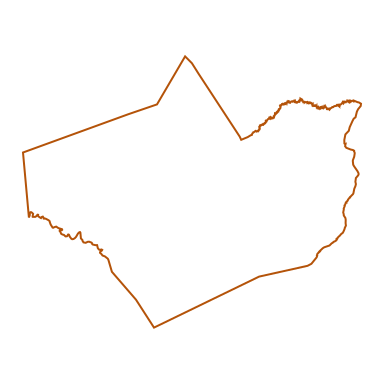 outline of Siavonga, Southern, Zambia
{"feature_id": "96606910B78484131600253", "entity_name": "Siavonga", "entity_type": "district", "adm_level": 2, "iso_a3": "ZMB", "parent_name": "Zambia", "parent_adm1": "Southern", "projection": "natural_earth1", "projection_center": [28.625, -16.409], "detail": "fine", "context": "isolated", "style": "outline", "palette": "amber", "viewbox_px": 384, "rotation_deg": 0, "n_neighbors": 0, "source": "geoboundaries", "source_scale": "gbopen_adm2", "svg_char_len": 5987}
<svg xmlns="http://www.w3.org/2000/svg" viewBox="0 0 384 384"><path d="M23.0,152.5L28.9,217.5L29.7,215.5L29.9,213.0L30.0,212.6L30.5,212.2L31.2,212.2L32.0,212.7L33.1,213.8L32.6,216.3L32.7,216.8L35.1,216.9L36.2,216.3L37.5,214.7L38.1,214.8L38.0,215.9L38.4,216.4L40.6,217.9L41.0,218.1L41.7,217.0L42.8,216.6L43.4,217.5L43.7,218.6L44.1,218.7L44.6,218.4L45.9,218.8L48.7,220.3L49.7,221.3L49.8,222.2L50.7,224.6L52.6,227.6L53.4,227.7L54.2,227.2L56.2,226.6L58.4,228.1L62.0,229.2L62.2,229.8L61.8,230.2L61.5,230.2L61.2,229.5L60.2,229.8L59.7,230.4L59.7,231.1L60.2,231.5L61.2,233.8L62.4,234.5L63.9,234.9L65.5,236.4L66.9,236.3L67.4,235.9L68.0,234.6L68.6,234.5L69.0,234.8L69.8,236.7L71.3,238.7L72.2,239.2L73.5,239.0L74.9,238.1L76.1,236.8L78.0,233.5L79.4,232.2L80.0,232.1L80.4,232.7L80.9,238.4L82.4,240.0L82.5,240.8L83.5,242.4L85.7,242.8L87.7,241.8L89.1,241.7L91.5,242.6L91.9,243.0L92.3,244.2L92.7,244.5L95.1,245.1L97.1,245.1L97.8,248.1L98.9,249.5L99.8,249.8L101.6,249.5L102.2,249.9L101.7,250.7L100.4,251.5L100.0,252.4L100.1,252.9L101.3,253.9L102.5,255.5L104.9,256.4L107.8,258.7L108.4,259.9L111.9,271.8L136.0,299.7L154.0,327.6L259.1,276.6L307.6,265.8L311.4,263.8L316.6,257.4L317.2,255.7L316.9,255.5L317.4,253.8L319.0,252.3L318.7,252.3L319.4,251.4L322.8,248.2L324.2,247.3L329.5,245.5L331.7,243.3L332.7,242.8L333.6,241.8L334.4,241.6L336.3,240.4L336.6,239.9L336.4,239.1L336.9,238.8L337.1,239.0L337.3,238.7L337.1,238.4L338.6,236.7L339.8,235.7L341.0,234.2L342.9,232.7L344.0,230.4L344.7,228.6L344.7,228.1L345.9,225.6L345.6,223.1L345.7,219.8L345.4,218.0L343.8,215.5L343.7,214.2L343.2,212.4L343.8,209.5L343.7,208.6L344.7,206.1L344.5,205.4L345.0,205.0L345.7,202.9L346.2,202.8L346.0,202.4L346.3,201.9L346.7,201.5L346.9,201.6L347.8,200.5L347.9,199.8L349.1,198.2L349.5,197.9L349.8,197.3L350.2,197.3L350.3,196.8L353.0,194.1L353.4,193.3L354.3,188.7L355.4,186.2L355.9,184.1L355.4,181.8L355.9,178.0L358.2,175.3L358.6,174.3L358.5,173.2L357.5,171.2L354.1,166.3L353.2,164.7L352.8,161.0L352.9,160.2L354.2,156.7L354.7,153.5L354.6,152.4L354.0,151.3L354.1,150.7L352.9,150.0L350.6,149.5L346.3,147.8L345.1,146.2L345.6,143.8L344.9,144.0L344.4,143.5L344.3,140.0L345.4,134.4L348.8,130.8L349.7,127.2L352.5,121.0L353.7,118.7L355.5,117.3L356.9,111.6L358.1,109.2L360.7,106.0L361.0,103.7L358.8,102.4L357.6,102.2L354.1,100.7L353.8,101.3L353.1,100.5L351.4,101.4L351.2,100.9L350.4,100.6L350.5,101.7L349.6,102.6L349.0,102.3L348.6,101.5L348.3,101.4L348.3,101.2L348.8,101.2L348.6,100.8L348.3,100.6L347.6,100.5L347.7,100.9L347.2,100.9L347.1,101.5L346.8,101.8L345.3,101.7L345.3,102.0L344.9,101.8L344.6,102.4L344.1,102.4L343.5,103.3L343.0,102.4L343.4,101.6L342.9,101.6L342.8,102.2L342.4,102.6L342.7,103.1L341.5,103.8L340.6,104.6L340.2,104.6L340.3,105.4L340.1,104.9L339.6,105.2L339.6,105.8L338.9,105.7L339.0,106.2L338.3,105.6L338.4,104.7L337.6,104.8L337.1,105.4L336.7,105.1L336.0,106.0L334.3,106.1L333.2,107.1L332.3,107.0L331.9,107.6L329.6,108.8L329.5,109.2L329.8,109.3L329.5,109.7L329.0,109.1L329.2,108.5L328.6,108.6L328.0,109.2L327.6,109.2L327.2,108.3L327.2,108.8L326.9,108.9L326.7,107.9L325.8,107.3L325.6,106.8L325.1,107.1L325.0,106.5L324.6,107.1L324.2,106.4L324.0,106.9L324.3,107.4L323.7,107.6L323.1,107.5L323.0,108.3L322.7,108.2L322.7,107.8L321.7,107.9L321.5,107.5L321.1,107.5L321.0,107.2L321.2,106.9L320.8,107.0L320.7,107.7L320.0,108.1L319.9,108.3L320.2,108.5L319.9,108.8L319.6,108.3L318.9,108.5L319.0,108.1L318.6,108.1L318.8,107.6L319.0,107.7L318.7,107.2L318.3,107.8L317.7,107.8L317.6,107.6L317.8,107.5L317.8,106.8L317.3,106.9L316.9,106.5L316.7,106.8L316.6,106.0L316.4,106.4L316.0,105.5L315.2,105.2L314.9,106.0L314.2,106.0L313.7,105.7L313.1,105.7L313.0,105.3L312.8,105.9L312.5,105.8L312.3,104.8L312.5,104.7L312.7,105.1L312.8,104.9L312.2,104.3L312.4,103.9L311.9,104.0L311.7,103.8L311.8,103.3L311.3,103.0L310.4,103.1L310.4,102.6L309.8,102.5L309.1,102.7L308.7,103.3L308.2,102.9L307.5,103.1L307.5,102.9L308.1,102.3L307.0,102.3L307.0,102.0L305.7,102.3L305.0,101.9L304.4,102.5L304.3,102.1L303.6,102.1L303.8,101.7L303.0,101.3L302.6,100.7L302.1,100.4L301.6,100.5L301.6,99.8L301.3,99.6L301.7,99.3L301.0,98.9L301.2,99.5L300.9,99.8L300.7,99.5L300.5,99.2L300.2,99.3L300.5,100.0L300.1,100.4L299.5,100.5L299.4,101.2L299.0,100.8L298.5,101.5L298.5,101.9L297.9,101.9L297.5,102.3L297.1,102.1L296.7,102.7L295.6,102.4L295.9,102.0L295.6,101.8L294.9,101.9L294.9,101.3L294.7,101.5L294.2,100.8L294.0,101.2L293.0,101.2L292.7,101.7L292.0,101.3L291.2,101.5L290.1,102.8L289.4,102.5L288.7,101.6L288.8,101.2L288.5,101.1L288.4,102.2L287.7,101.8L287.7,102.1L287.0,102.3L286.9,102.7L286.8,102.4L286.6,102.6L286.7,103.1L286.6,103.4L285.8,103.3L285.4,104.1L284.2,104.4L284.3,103.5L283.0,104.2L282.7,104.3L282.5,104.0L282.2,104.3L281.9,104.2L281.6,105.0L280.4,105.2L280.4,106.1L280.7,106.2L280.6,106.5L280.2,106.4L280.5,107.5L280.3,108.2L280.1,108.2L279.6,109.1L279.0,109.1L278.9,109.4L279.2,109.4L279.2,109.6L279.1,110.0L278.8,110.1L278.6,110.7L278.4,110.4L278.3,110.7L277.9,110.9L277.3,111.7L277.4,112.3L277.2,112.7L276.6,112.8L276.4,112.5L276.1,112.9L276.2,113.2L275.9,113.5L275.0,113.3L275.0,114.3L275.1,114.2L275.5,114.3L275.1,114.7L274.8,114.7L274.7,115.4L274.0,116.8L273.8,117.0L273.6,116.8L273.5,117.2L273.9,117.6L273.8,117.8L273.0,117.8L272.7,118.4L271.6,118.4L271.4,117.9L271.6,117.8L271.1,117.4L271.0,118.3L271.3,118.5L270.9,118.8L270.3,117.5L269.6,118.4L269.2,117.8L268.7,118.8L268.0,119.1L266.7,120.8L266.3,120.5L266.5,120.2L265.8,120.6L266.0,121.4L266.4,121.1L266.5,121.6L265.5,122.5L265.3,123.2L264.7,123.6L264.5,123.3L264.3,123.6L263.3,123.8L263.3,124.4L263.6,124.4L263.2,124.9L262.2,124.6L261.9,125.0L261.2,125.0L260.8,125.6L260.4,125.5L260.4,125.2L259.9,125.4L259.8,126.6L259.2,127.0L259.8,128.2L259.7,128.8L259.5,128.7L259.1,129.2L259.0,129.9L258.8,130.1L258.8,130.4L258.5,130.8L258.3,130.4L256.8,131.6L255.7,130.8L255.4,130.9L254.6,131.8L253.3,132.3L253.3,132.6L252.3,133.5L251.8,135.0L250.8,135.2L247.7,137.1L241.2,139.8L239.7,136.6L198.6,73.8L191.9,63.2L185.1,56.4L157.0,104.4L128.1,114.3L23.0,152.5Z" fill="none" stroke="#b45309" stroke-width="2"/></svg>